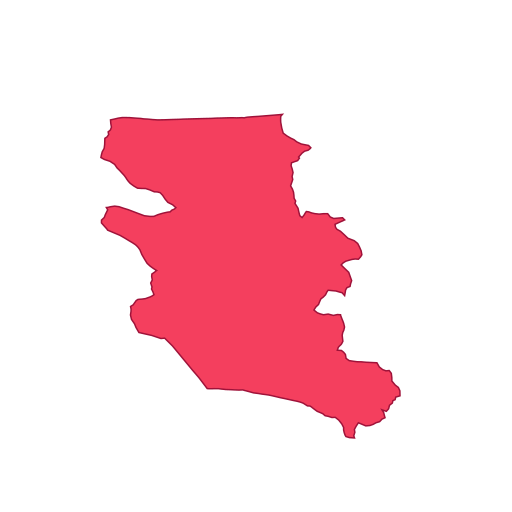 outline of Chesumei, Rift Valley, Kenya, rotated 292°
{"feature_id": "3690345B21695789916257", "entity_name": "Chesumei", "entity_type": "district", "adm_level": 2, "iso_a3": "KEN", "parent_name": "Kenya", "parent_adm1": "Rift Valley", "projection": "equal_earth", "projection_center": [35.097, 0.277], "detail": "fine", "context": "isolated", "style": "filled", "palette": "rose", "viewbox_px": 512, "rotation_deg": 292, "n_neighbors": 0, "source": "geoboundaries", "source_scale": "gbopen_adm2", "svg_char_len": 4938}
<svg xmlns="http://www.w3.org/2000/svg" viewBox="0 0 512 512"><g transform="rotate(292 256 256)"><path d="M332.2,76.6L330.0,73.5L327.7,70.1L324.5,71.7L321.3,73.7L318.2,73.8L315.7,72.4L313.4,73.9L310.7,73.3L308.5,71.8L305.7,72.8L302.7,73.9L298.9,74.9L295.0,74.4L291.8,74.8L289.2,75.3L288.7,79.2L289.1,85.1L288.0,90.6L285.6,94.2L284.2,97.6L282.8,100.5L281.3,103.7L279.8,106.1L279.1,107.0L278.2,108.4L277.4,109.7L276.2,112.2L275.1,116.6L274.5,120.7L275.8,124.7L277.2,128.3L277.5,132.8L277.4,137.6L278.4,140.4L278.8,143.4L277.3,146.7L274.6,150.6L272.7,154.2L272.3,159.4L270.8,163.6L268.9,162.7L267.0,160.8L264.7,159.8L263.9,158.2L263.0,156.8L261.0,153.9L259.3,151.7L257.5,149.5L254.5,146.5L253.0,142.9L251.5,137.4L251.3,130.5L251.2,125.1L251.1,120.2L250.7,115.7L250.4,110.5L249.3,106.3L247.5,103.2L247.0,102.4L245.6,100.5L244.9,99.1L243.3,101.2L240.8,101.0L237.9,100.8L234.9,100.9L231.4,99.3L228.8,100.3L227.0,103.9L225.2,107.6L224.4,108.7L224.3,114.6L224.2,122.2L223.4,127.9L222.7,132.1L222.1,136.1L221.4,139.7L220.9,141.2L219.9,143.4L218.3,146.0L214.7,149.5L211.5,153.6L208.4,157.8L207.0,161.5L206.0,165.5L205.3,169.3L204.5,168.7L203.3,168.2L200.3,166.2L198.0,166.9L194.9,168.8L191.5,168.5L189.8,169.9L188.3,171.2L186.3,171.5L184.0,174.0L181.9,175.9L180.0,174.6L178.5,173.3L177.8,172.5L175.1,169.5L173.2,166.2L172.5,164.7L171.5,162.8L169.8,161.6L168.9,161.4L167.7,161.1L164.7,160.4L162.2,158.6L159.9,160.1L157.7,160.9L154.3,161.7L150.6,164.3L147.6,168.8L144.8,171.5L141.2,176.1L142.2,182.4L143.3,189.0L143.9,198.8L145.6,202.1L141.3,212.3L126.4,239.8L121.9,248.5L114.8,260.4L115.3,262.1L116.3,264.6L116.8,265.7L117.3,266.8L118.4,269.6L119.0,271.1L119.6,273.5L119.9,274.5L120.2,275.5L120.9,278.0L122.5,282.4L123.1,284.1L123.7,285.9L125.3,290.4L126.9,293.9L127.1,296.2L127.3,297.3L127.4,298.4L127.7,300.7L128.0,303.5L128.2,305.1L129.4,309.6L130.2,313.3L131.2,317.1L131.9,320.0L132.4,322.8L133.1,327.3L133.8,331.9L134.5,335.7L135.2,339.8L136.0,344.6L136.7,348.4L137.1,351.5L137.2,353.4L137.2,355.1L136.3,359.8L137.1,362.2L136.9,363.6L136.1,366.3L135.7,367.8L134.9,370.9L134.9,374.2L134.8,377.0L133.8,379.9L134.4,383.0L134.7,386.9L136.1,389.9L134.9,394.1L132.4,398.5L129.8,401.5L127.5,402.4L125.2,404.0L123.3,405.7L122.3,407.0L122.6,410.6L124.2,415.5L125.9,414.0L129.6,413.7L132.0,412.2L135.7,412.6L139.7,413.4L139.7,416.9L139.6,421.4L141.5,425.1L143.8,427.7L146.3,429.7L148.7,432.7L151.9,433.9L154.4,436.2L156.6,434.5L158.7,433.0L160.6,430.4L160.8,435.0L164.0,436.2L167.6,435.7L170.7,437.5L173.2,437.1L174.9,438.8L177.5,438.4L180.3,441.9L184.9,439.9L187.4,437.3L188.5,433.4L191.0,428.8L194.1,427.5L197.9,425.4L199.7,422.4L198.2,419.5L198.1,416.0L199.3,411.9L202.3,408.1L200.8,403.8L198.7,397.8L197.3,393.2L195.9,389.6L194.9,385.8L193.9,381.6L194.8,377.9L198.2,375.8L199.6,373.3L200.4,370.6L199.1,366.7L200.7,366.6L202.0,366.5L203.3,366.9L205.7,368.0L206.9,368.3L209.5,368.5L212.0,367.1L214.8,365.6L217.5,365.1L220.1,365.2L223.3,364.7L225.7,363.0L226.4,362.5L228.1,361.0L229.6,359.5L230.6,358.6L232.4,356.9L233.2,356.4L232.2,353.4L229.9,350.0L229.2,344.7L226.8,340.6L226.4,337.5L226.3,334.1L227.6,330.0L228.6,330.1L231.2,330.6L234.4,332.1L238.0,332.1L240.5,332.2L243.0,333.7L246.1,335.0L249.2,335.2L251.3,335.7L252.2,338.9L253.5,343.2L253.8,346.5L254.2,349.6L252.5,353.0L255.5,352.4L258.1,351.8L260.8,352.2L263.0,354.6L265.7,354.1L269.0,353.9L272.4,350.9L275.6,348.1L277.6,343.1L279.6,338.3L282.3,339.4L284.8,341.2L286.8,343.7L288.8,346.3L290.4,349.1L291.4,352.2L294.5,353.3L296.8,353.7L300.1,351.6L303.1,348.6L305.7,345.6L307.0,341.3L306.9,334.5L308.8,329.8L310.6,325.0L311.1,320.9L312.5,318.9L315.0,317.4L322.7,324.7L323.4,323.0L323.9,321.9L319.9,314.0L320.0,310.2L322.1,306.6L320.5,302.7L318.5,298.9L317.3,294.6L316.8,291.6L316.7,290.1L316.7,288.5L316.1,286.0L314.4,285.6L312.6,285.3L311.8,285.2L308.9,284.3L309.8,281.5L312.6,279.4L316.0,277.1L319.4,272.4L321.8,272.2L323.8,269.7L326.3,268.5L329.2,266.9L331.7,264.7L334.0,261.8L337.6,261.6L340.7,261.4L343.2,259.7L347.2,259.1L350.2,257.0L352.9,254.7L355.8,254.0L356.6,255.0L357.9,256.4L359.4,258.2L360.1,258.9L363.0,259.6L363.7,258.4L366.1,259.3L368.5,260.1L371.4,261.8L373.6,264.7L375.9,266.0L376.9,266.3L377.7,264.5L378.2,263.3L377.6,260.3L376.8,256.0L377.1,251.0L378.1,247.6L378.3,244.0L378.9,239.8L380.1,235.2L384.2,232.0L386.6,230.5L389.3,228.8L392.0,227.6L394.8,226.6L397.2,227.4L395.7,224.6L392.7,218.6L389.6,212.4L386.2,205.6L384.4,201.8L381.5,196.0L380.3,194.1L379.7,193.4L379.4,192.4L379.0,191.1L377.7,188.3L376.7,186.0L376.3,184.8L375.7,183.3L374.5,180.3L373.5,178.0L372.9,176.6L372.5,175.7L370.7,171.6L369.3,168.3L366.7,162.7L364.6,157.8L361.0,149.5L355.9,137.8L354.0,133.7L351.3,127.5L348.0,120.1L347.4,118.7L346.9,117.5L346.1,115.7L345.3,113.7L344.9,112.5L344.4,110.9L343.9,109.5L342.4,104.4L341.1,100.6L340.8,99.4L340.4,97.7L339.4,94.7L337.6,89.1L337.0,87.1L336.3,85.3L335.4,82.9L335.0,81.9L334.2,80.0L332.2,76.6Z" fill="#f43f5e" stroke="#9f1239" stroke-width="1.5"/></g></svg>